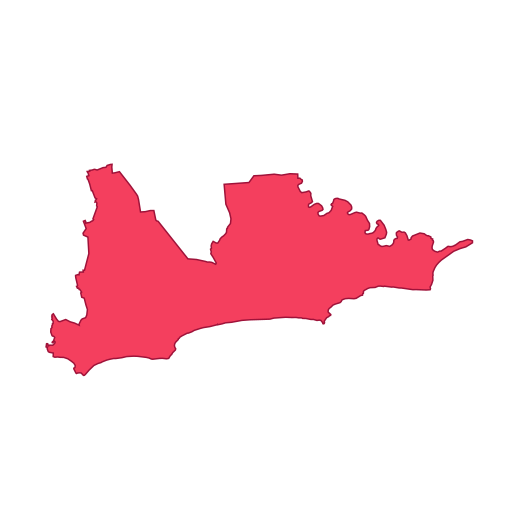 Kombo South, West Coast, Gambia (Mercator projection), rotated 265°
{"feature_id": "56634734B1390118495461", "entity_name": "Kombo South", "entity_type": "district", "adm_level": 2, "iso_a3": "GMB", "parent_name": "Gambia", "parent_adm1": "West Coast", "projection": "mercator", "projection_center": [-16.741, 13.204], "detail": "fine", "context": "isolated", "style": "filled", "palette": "rose", "viewbox_px": 512, "rotation_deg": 265, "n_neighbors": 0, "source": "geoboundaries", "source_scale": "gbopen_adm2", "svg_char_len": 6035}
<svg xmlns="http://www.w3.org/2000/svg" viewBox="0 0 512 512"><g transform="rotate(265 256 256)"><path d="M354.9,95.2L354.0,95.5L353.9,95.8L350.6,96.5L350.1,94.3L347.4,94.8L347.2,95.2L346.4,95.5L342.2,96.6L335.4,97.7L335.4,98.6L328.0,100.7L328.0,100.9L327.4,101.3L326.9,102.2L325.9,101.6L325.6,100.9L323.8,100.4L324.0,101.1L323.3,101.8L322.5,102.1L319.8,101.6L318.9,102.2L307.2,96.8L306.4,97.4L305.7,96.8L305.2,96.2L305.1,95.4L304.0,93.4L303.6,89.3L304.9,89.4L306.3,88.9L305.7,87.1L298.1,89.2L293.8,85.7L291.8,86.0L289.5,90.2L273.0,89.7L256.7,83.9L256.9,82.5L255.1,82.6L255.3,78.8L252.7,78.0L253.0,77.0L252.4,74.6L251.8,74.5L249.8,74.6L242.2,75.7L241.6,75.4L241.4,74.6L239.5,75.3L239.6,76.1L239.4,76.5L238.1,76.9L238.0,77.6L235.2,79.1L234.5,78.2L230.1,78.8L229.0,81.2L222.2,82.3L217.4,83.4L212.0,82.3L209.4,80.9L208.5,77.4L207.4,76.1L203.6,73.8L202.4,73.9L205.0,69.4L206.6,65.2L209.3,60.9L207.7,55.0L208.1,53.5L210.4,51.9L216.1,49.1L215.6,48.2L214.8,47.5L213.5,47.7L213.1,47.2L211.9,47.6L210.7,47.0L208.7,48.3L206.4,48.0L206.2,47.3L205.1,47.2L204.1,46.5L202.5,46.5L201.5,45.4L198.1,44.9L194.4,45.9L193.9,46.5L193.7,47.4L192.5,48.4L189.1,46.9L188.1,45.6L187.7,45.4L187.4,45.5L187.3,46.1L188.4,47.2L188.6,47.9L188.1,48.3L187.2,48.3L185.8,47.1L184.8,45.7L185.2,42.5L184.5,41.7L184.9,41.2L186.5,41.0L186.8,40.7L186.9,39.8L186.5,39.5L185.3,39.5L184.5,39.0L183.5,39.1L183.5,40.2L183.3,40.3L181.8,39.9L178.9,40.7L178.1,41.7L177.0,45.6L173.5,45.2L172.7,46.8L172.7,49.6L172.1,52.2L171.8,55.5L170.0,59.6L167.3,62.9L165.1,65.2L162.6,66.4L160.6,65.9L160.1,64.7L159.4,64.7L155.1,66.4L154.6,66.9L155.0,68.1L155.0,70.3L154.6,71.7L152.1,73.7L152.1,74.6L152.9,75.7L156.9,79.8L161.1,85.0L162.7,89.2L163.3,92.2L164.0,93.7L165.3,98.1L165.9,101.5L166.3,105.2L166.1,107.4L166.4,113.6L167.1,118.3L166.9,125.3L166.4,129.3L164.6,137.8L163.7,140.6L162.5,142.7L162.2,144.1L162.4,151.3L162.2,154.0L161.4,157.8L161.5,159.6L161.8,160.3L163.5,161.4L164.7,162.6L165.3,163.5L165.7,163.6L167.0,164.6L169.4,167.5L170.6,167.9L172.0,167.2L173.7,166.9L175.7,167.4L177.1,168.4L179.6,171.3L180.3,171.4L180.9,172.5L181.7,173.0L182.9,175.3L185.1,180.7L185.1,182.0L186.1,185.5L187.3,188.0L188.8,194.6L189.3,197.7L189.7,203.9L190.9,211.1L191.2,211.6L190.8,211.6L191.4,216.5L192.1,219.8L192.1,225.7L193.1,236.4L193.0,244.3L191.9,264.4L192.6,268.4L192.4,280.2L191.6,286.3L191.3,290.6L190.7,293.0L190.4,296.1L189.8,296.9L189.4,300.3L188.0,305.2L187.8,307.7L186.5,311.1L186.6,313.5L186.2,315.0L183.6,316.7L182.8,316.7L182.5,317.6L183.0,318.2L184.0,318.5L184.4,318.3L185.2,318.4L188.4,321.0L189.3,323.2L190.3,324.2L190.3,325.1L191.2,325.4L193.7,323.1L194.6,323.0L196.2,323.4L197.4,324.4L198.6,326.3L200.4,328.4L201.2,330.8L202.2,335.6L203.2,336.9L204.5,337.6L205.0,338.5L205.7,341.1L205.7,344.7L204.9,349.9L205.1,352.1L207.5,356.9L207.7,358.7L209.3,359.1L209.5,359.7L211.5,360.0L212.3,360.9L214.0,364.7L214.5,366.8L214.3,371.9L215.3,375.2L215.2,377.3L214.5,380.6L214.8,381.1L213.2,388.4L213.2,390.0L211.7,395.8L211.5,397.9L208.8,409.3L208.6,412.5L207.3,422.6L207.2,426.5L208.2,427.0L209.9,426.7L212.4,428.4L216.4,430.1L220.6,430.3L221.3,430.7L223.5,430.7L224.9,431.1L228.8,433.2L231.3,435.1L233.6,437.5L235.8,440.3L243.5,453.4L245.6,459.9L246.8,465.8L250.3,472.8L252.2,473.0L253.2,471.2L254.0,468.4L252.6,463.1L252.4,460.4L249.3,455.3L249.3,454.6L248.8,453.9L248.4,452.0L248.4,450.0L248.8,448.9L248.8,447.9L247.2,445.4L244.8,440.9L244.8,439.2L244.0,437.2L245.2,434.4L246.6,432.8L247.5,432.2L248.9,432.1L250.6,432.4L254.5,434.1L255.8,433.9L256.4,433.2L257.5,433.5L258.3,431.9L259.8,431.8L261.2,429.4L261.2,428.5L262.0,427.2L263.5,425.5L264.6,421.3L262.3,413.7L260.8,412.2L259.4,411.9L258.4,409.8L258.6,409.1L263.1,408.1L266.0,406.8L266.9,405.6L266.9,403.4L268.5,401.1L268.4,400.2L267.1,398.0L265.9,397.7L264.1,397.8L262.6,398.7L261.3,398.2L261.3,397.2L260.5,395.3L259.3,394.6L258.1,394.5L256.6,393.9L255.1,392.4L253.9,390.1L255.0,386.7L254.6,384.2L254.5,382.3L255.2,380.7L256.2,379.8L256.8,378.7L260.8,377.9L262.2,377.9L263.2,378.6L263.2,379.6L262.2,380.5L261.9,381.5L262.9,386.0L266.5,387.8L268.2,388.2L271.3,387.6L275.5,386.3L280.7,383.0L280.9,381.6L280.1,379.8L279.1,379.0L278.4,379.0L277.4,379.5L276.8,380.7L275.7,380.9L274.1,378.8L272.9,377.9L271.1,377.1L269.2,375.0L268.6,373.6L268.4,371.2L268.0,369.5L268.3,368.0L268.8,367.0L270.0,366.6L271.8,367.1L271.9,369.8L272.5,370.7L275.3,371.8L278.5,371.9L282.0,370.1L286.0,368.7L287.5,367.5L289.6,365.2L289.6,363.6L290.9,359.9L290.6,358.2L289.1,353.7L289.0,352.3L289.9,351.2L291.0,350.8L291.8,351.4L292.9,353.8L294.5,355.4L296.4,355.6L298.5,355.0L302.0,352.1L303.7,349.5L305.6,343.7L306.3,342.6L306.4,340.7L305.9,339.0L305.1,338.3L304.1,338.1L301.6,336.8L301.5,336.0L300.7,335.3L300.1,335.4L298.8,336.7L294.9,334.9L292.7,332.4L292.3,330.4L290.4,327.1L290.1,323.7L290.5,322.4L292.2,321.5L294.0,321.5L294.8,322.5L295.8,326.0L296.6,326.8L298.2,326.6L300.3,325.7L302.9,322.8L303.1,321.1L302.4,318.6L300.1,314.7L299.8,313.5L300.3,312.6L302.4,312.7L303.3,313.4L304.0,315.4L305.2,317.0L311.2,315.8L313.7,316.1L315.9,314.8L316.2,314.1L315.5,311.6L315.1,307.1L316.5,305.7L321.2,303.8L322.7,303.8L323.6,304.8L324.6,307.7L326.2,308.7L327.7,308.7L328.6,307.4L329.7,306.5L329.8,304.5L334.0,304.7L335.0,297.0L334.3,288.4L335.9,281.3L335.8,268.4L336.1,260.9L329.8,255.4L330.2,230.5L310.2,230.5L301.3,233.5L295.2,234.3L290.6,233.4L287.1,230.1L286.1,230.0L285.6,229.2L281.9,228.6L281.6,228.2L281.0,227.9L278.8,225.4L278.2,224.1L276.4,221.9L274.8,221.1L272.2,219.0L272.4,217.5L274.3,214.6L272.0,212.9L270.0,212.2L267.6,212.3L266.8,211.3L264.0,211.8L262.2,211.2L258.2,213.3L252.5,215.8L251.3,215.1L253.5,211.4L254.1,209.0L254.1,207.3L255.0,205.1L257.7,196.4L259.1,187.9L299.1,161.5L299.7,160.0L300.7,159.3L310.2,158.2L310.5,154.8L309.8,149.5L309.9,144.8L322.4,143.9L326.0,143.3L328.0,142.3L337.4,136.7L351.9,127.3L351.1,122.2L351.1,120.1L357.2,120.1L359.9,120.6L359.9,118.9L359.2,115.6L357.4,114.2L357.4,111.4L355.5,105.2L356.4,102.9L356.4,102.2L355.9,100.3L355.8,97.6L354.9,97.7L354.9,95.2Z" fill="#f43f5e" stroke="#9f1239" stroke-width="1.5"/></g></svg>